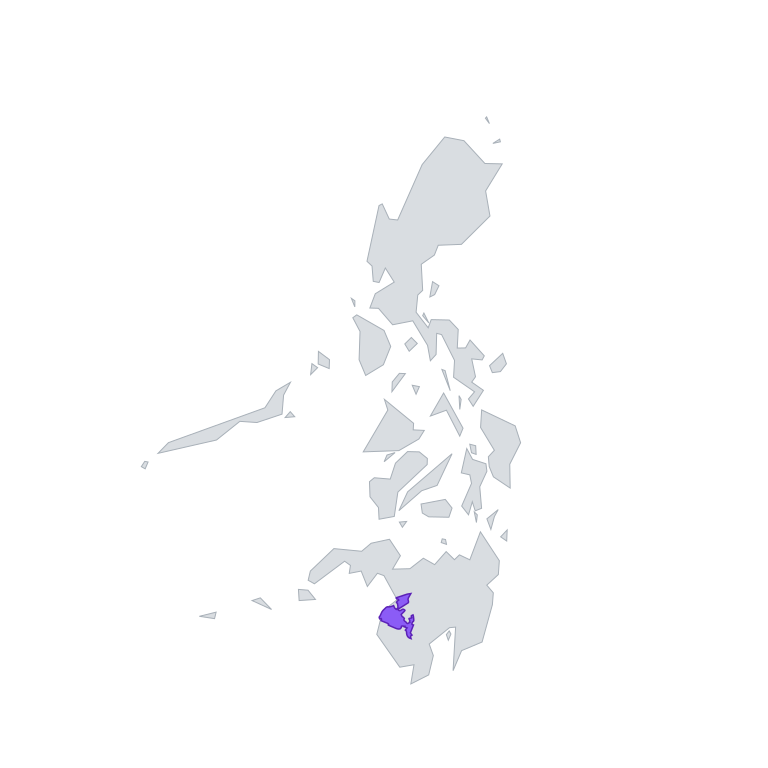 location of Maguindanao within Philippines, rotated 23°
{"feature_id": "PHL-2576", "entity_name": "Maguindanao", "entity_type": "Province", "adm_level": 1, "iso_a3": "PHL", "parent_name": "Philippines", "parent_adm1": "", "projection": "orthographic", "projection_center": [124.466, 7.153], "detail": "fine", "context": "in_parent", "style": "filled", "palette": "violet", "viewbox_px": 768, "rotation_deg": 23, "n_neighbors": 0, "source": "natural_earth", "source_scale": "10m", "svg_char_len": 5641}
<svg xmlns="http://www.w3.org/2000/svg" viewBox="0 0 768 768"><g transform="rotate(23 384 384)"><path d="M362.5,128.8L390.7,141.6L406.8,135.2L402.1,166.6L415.9,188.0L400.7,225.2L379.7,235.1L380.0,245.6L371.5,259.2L383.0,282.7L380.3,288.9L385.5,305.4L402.7,315.0L402.3,306.3L419.1,299.6L431.0,304.8L437.4,322.3L445.0,318.9L446.0,309.9L465.3,318.9L464.9,323.5L454.9,326.6L465.4,341.6L464.0,348.0L478.0,351.0L474.8,369.7L467.6,364.8L470.4,355.8L445.4,350.6L439.7,334.7L417.7,316.0L412.7,316.8L420.4,336.5L417.6,344.5L409.0,331.4L385.8,314.6L368.8,326.1L349.3,316.5L341.3,319.6L340.7,304.3L353.6,286.2L339.9,276.7L339.8,292.5L334.0,293.7L326.9,280.1L320.4,277.7L309.7,221.7L312.0,218.9L324.4,230.1L332.5,227.7L333.4,167.1L343.4,132.9L362.5,128.8ZM530.5,482.4L559.2,501.6L563.7,514.7L557.2,529.0L566.2,533.5L570.0,544.8L575.1,583.2L559.6,599.1L559.6,620.9L544.9,579.8L539.5,582.7L527.2,605.7L535.5,614.7L538.8,634.3L525.9,649.6L521.3,630.7L509.2,638.5L475.2,617.3L471.5,593.6L480.4,577.4L458.8,560.4L451.9,560.8L447.8,576.9L436.1,565.1L426.0,571.9L424.0,564.1L417.0,562.5L398.0,595.1L390.9,594.3L389.3,585.0L402.2,555.1L428.8,546.7L434.4,535.6L449.7,524.8L466.2,535.7L464.2,551.1L480.0,543.9L488.3,529.0L501.2,530.5L506.7,514.0L517.5,518.2L520.2,511.8L531.7,512.3L530.5,482.4ZM445.2,501.9L432.3,510.4L427.2,499.9L415.2,493.3L408.8,479.6L411.7,474.1L426.9,469.1L425.5,452.4L432.1,437.0L443.0,432.7L453.0,435.6L455.2,441.3L439.0,478.1L445.2,501.9ZM521.1,371.3L532.7,384.7L531.1,408.7L540.8,430.5L521.0,426.7L513.1,418.9L508.5,410.2L511.5,401.9L489.9,386.3L484.0,369.7L521.1,371.3ZM390.4,398.0L426.6,408.6L428.8,414.8L439.2,411.0L437.6,421.0L423.7,439.5L391.4,454.6L397.7,406.5L390.4,398.0ZM251.7,501.0L203.1,536.1L208.5,522.2L283.7,452.4L287.2,432.5L297.2,419.0L295.9,433.4L301.9,451.6L282.1,469.1L265.9,474.7L251.7,501.0ZM331.9,331.0L363.1,334.7L375.5,346.8L375.9,366.5L363.8,383.3L351.6,371.4L341.4,345.0L329.4,335.2L331.9,331.0ZM495.0,418.8L509.0,417.6L512.8,424.1L512.3,441.2L522.4,460.3L517.5,465.1L511.3,457.9L512.9,471.4L503.2,466.0L503.4,441.3L498.5,434.1L489.9,435.6L485.4,411.1L495.0,418.8ZM447.2,494.8L447.9,474.0L473.9,421.6L472.5,456.6L460.4,467.5L447.2,494.8ZM495.8,481.3L477.1,488.8L469.7,487.8L465.0,480.0L485.5,466.3L495.1,471.6L495.8,481.3ZM442.4,369.0L474.0,393.8L474.1,402.4L451.7,383.7L439.2,395.4L442.4,369.0ZM486.3,327.1L479.3,331.2L474.0,325.9L481.3,309.4L488.8,317.6L486.3,327.1ZM405.1,609.1L390.5,616.5L385.5,606.5L394.6,603.5L405.1,609.1ZM310.9,379.6L324.3,382.9L327.5,391.2L315.6,391.3L310.9,379.6ZM391.0,330.5L398.8,333.7L394.4,344.0L387.5,339.0L391.0,330.5ZM353.7,629.2L368.6,635.5L347.2,634.9L353.7,629.2ZM539.2,476.1L531.4,467.9L538.2,455.0L537.4,462.8L539.2,476.1ZM399.6,366.1L394.3,388.0L390.8,378.9L394.0,368.2L399.6,366.1ZM318.6,659.6L319.7,666.2L304.8,670.0L318.6,659.6ZM396.2,272.1L395.7,281.9L392.2,286.0L388.7,270.8L396.2,272.1ZM421.0,442.8L414.5,455.5L414.5,448.2L421.0,442.8ZM316.5,394.9L312.8,404.0L309.7,393.4L316.5,394.9ZM496.3,412.8L491.4,413.1L486.5,405.9L492.5,405.0L496.3,412.8ZM417.6,372.6L417.5,380.9L410.5,374.1L417.6,372.6ZM558.3,480.6L551.1,479.1L554.4,470.2L558.3,480.6ZM435.0,347.8L447.6,364.3L431.6,348.0L435.0,347.8ZM314.6,449.0L306.1,453.5L308.5,446.1L314.6,449.0ZM458.5,501.7L456.9,508.7L452.1,505.1L458.5,501.7ZM461.0,368.0L463.7,377.8L457.6,365.4L461.0,368.0ZM197.3,555.4L192.9,554.9L194.0,548.7L197.3,548.0L197.3,555.4ZM504.2,507.2L498.6,507.6L498.1,503.8L501.4,503.1L504.2,507.2ZM543.3,594.7L539.3,590.3L540.5,585.8L543.3,588.0L543.3,594.7ZM324.7,318.8L327.0,324.4L320.5,317.9L324.7,318.8ZM521.0,468.0L523.2,475.4L517.1,466.5L521.0,468.0ZM396.5,115.6L390.2,120.0L394.8,113.4L396.5,115.6ZM401.4,310.3L392.9,306.0L393.0,303.1L401.4,310.3ZM374.1,98.0L379.3,103.1L373.5,99.7L374.1,98.0Z" fill="#d9dde1" stroke="#a8b0b8" stroke-width="1"/><path d="M480.9,580.4L480.9,579.4L481.1,578.6L482.0,577.1L481.4,576.6L480.8,576.6L479.6,576.8L479.1,576.6L478.8,575.9L487.4,568.4L490.6,566.4L490.0,571.6L490.3,573.0L491.4,574.4L491.8,575.2L491.8,575.9L485.4,585.2L485.1,586.3L485.7,586.5L486.0,586.6L486.7,586.6L487.2,586.4L487.3,586.3L487.6,586.1L488.1,585.5L488.9,584.3L489.5,583.9L490.2,583.7L491.2,583.9L491.7,584.1L491.7,584.7L491.4,585.7L490.0,589.1L489.9,589.4L490.4,590.0L491.0,590.5L491.5,590.9L492.0,591.1L492.7,591.1L493.4,591.3L494.2,591.9L494.4,592.0L494.4,592.8L494.4,593.1L494.5,593.4L494.7,593.6L495.3,594.0L495.9,594.2L497.1,594.5L497.7,594.8L498.2,595.1L498.7,595.3L499.3,595.3L499.7,595.0L500.4,593.9L500.9,593.5L500.6,593.3L500.4,593.1L500.5,592.5L500.3,591.9L499.9,591.3L499.3,591.0L498.7,590.1L499.4,589.5L500.5,588.8L500.9,588.5L500.9,588.3L500.4,587.9L500.0,587.4L499.7,586.7L500.0,586.2L500.9,585.2L501.5,585.9L501.7,586.1L503.2,588.7L503.9,590.3L503.8,591.1L503.5,591.4L503.3,592.0L503.3,592.7L503.3,593.3L503.5,594.1L503.8,594.4L505.3,594.3L505.5,602.7L505.8,603.0L507.9,604.2L507.2,605.2L507.1,606.0L507.5,606.8L508.4,607.8L506.8,607.9L505.5,607.7L504.3,607.1L503.2,606.1L502.4,605.0L501.7,603.6L500.8,602.5L499.8,602.2L500.5,599.5L497.6,599.6L497.8,598.9L496.1,599.4L495.2,599.7L494.7,600.2L495.1,601.3L495.1,601.6L494.4,603.2L492.8,604.0L491.0,604.3L482.7,604.3L482.0,604.1L482.0,603.8L482.2,603.4L481.9,603.1L481.0,602.9L473.7,603.0L473.7,602.2L473.6,601.4L472.8,601.0L472.7,601.1L472.2,601.7L472.0,601.9L471.9,601.8L471.8,601.7L471.7,601.6L471.4,601.5L471.1,601.2L470.8,600.8L470.7,600.5L470.7,600.0L470.9,599.3L471.0,599.0L471.1,594.7L471.6,592.7L473.3,588.7L474.1,587.8L474.8,587.6L475.7,587.2L477.3,586.2L478.8,584.9L479.4,584.2L481.3,586.0L483.3,586.7L484.3,584.4L483.3,582.6L482.1,580.7L480.9,580.4Z" fill="#8b5cf6" stroke="#5b21b6" stroke-width="1.5"/></g></svg>